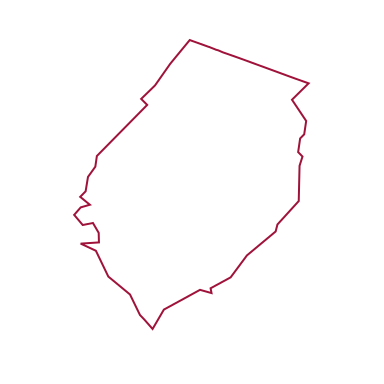 Bradley, Tennessee, United States of America (orthographic projection), rotated 200°
{"feature_id": "52423323B55415638355986", "entity_name": "Bradley", "entity_type": "district", "adm_level": 2, "iso_a3": "USA", "parent_name": "United States of America", "parent_adm1": "Tennessee", "projection": "orthographic", "projection_center": [-84.846, 35.173], "detail": "fine", "context": "isolated", "style": "outline", "palette": "rose", "viewbox_px": 384, "rotation_deg": 200, "n_neighbors": 0, "source": "geoboundaries", "source_scale": "gbopen_adm2", "svg_char_len": 817}
<svg xmlns="http://www.w3.org/2000/svg" viewBox="0 0 384 384"><g transform="rotate(200 192 192)"><path d="M224.3,334.1L225.2,334.2L225.8,334.1L246.1,334.0L256.3,305.1L263.2,279.5L271.6,262.1L263.9,258.5L293.7,193.3L291.5,182.7L294.9,170.6L292.2,156.3L295.4,149.2L283.6,145.1L291.3,139.5L294.9,130.2L283.4,123.6L274.5,129.0L265.7,121.7L262.2,112.8L279.0,105.4L262.2,103.9L241.7,83.9L215.2,74.5L198.8,58.6L193.1,55.8L182.2,49.8L178.2,71.9L151.0,102.8L139.1,103.7L141.6,107.9L126.5,125.0L118.7,151.2L99.9,183.5L100.6,190.7L88.6,220.0L99.9,253.4L100.3,263.1L105.9,265.8L108.7,279.3L106.3,284.6L109.0,297.8L129.6,312.9L119.6,334.0L133.0,333.9L140.1,333.9L143.3,333.9L192.4,334.0L194.4,334.0L210.9,333.8L215.8,334.1L218.1,333.9L220.1,334.0L224.2,334.1L224.3,334.1Z" fill="none" stroke="#9f1239" stroke-width="2"/></g></svg>